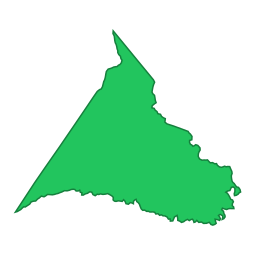 the district of Araguainha, Mato Grosso, Brazil
{"feature_id": "56859067B18780861461560", "entity_name": "Araguainha", "entity_type": "district", "adm_level": 2, "iso_a3": "BRA", "parent_name": "Brazil", "parent_adm1": "Mato Grosso", "projection": "robinson", "projection_center": [-53.085, -16.703], "detail": "fine", "context": "isolated", "style": "filled", "palette": "green", "viewbox_px": 256, "rotation_deg": 0, "n_neighbors": 0, "source": "geoboundaries", "source_scale": "gbopen_adm2", "svg_char_len": 3426}
<svg xmlns="http://www.w3.org/2000/svg" viewBox="0 0 256 256"><path d="M189.3,220.6L190.9,219.5L192.5,219.2L193.5,220.7L194.0,222.4L195.5,221.9L196.8,220.4L198.8,222.4L201.5,222.0L203.5,223.4L206.4,223.3L209.3,222.3L211.0,224.5L212.8,225.1L214.8,224.4L216.2,223.3L215.6,221.7L215.1,219.2L217.4,219.6L219.6,220.4L220.4,218.8L219.5,216.8L218.5,215.4L220.2,214.4L222.6,215.7L222.7,217.5L222.2,219.4L223.8,218.7L225.1,216.9L224.9,215.2L223.9,213.6L223.5,211.3L221.7,209.7L222.4,208.2L224.7,209.0L226.7,209.5L228.1,208.8L229.8,208.5L231.6,208.6L233.9,208.6L233.6,206.9L232.2,205.6L232.5,203.3L233.4,201.8L232.5,200.0L230.7,199.3L229.8,197.2L228.4,194.7L227.2,193.1L225.8,192.2L227.6,191.0L229.9,190.5L231.3,187.4L233.2,186.9L234.9,188.3L234.9,191.5L234.2,193.8L234.5,195.6L236.2,195.3L238.1,194.2L239.2,192.8L240.6,192.0L240.0,189.5L238.5,187.4L236.6,186.9L235.3,185.2L234.2,183.5L232.9,182.5L232.0,180.9L231.5,178.2L231.3,175.8L232.1,173.4L231.8,171.4L230.7,169.0L229.7,166.6L227.8,166.5L226.2,166.8L224.6,166.2L223.1,166.8L221.6,167.3L219.4,166.9L217.4,165.3L216.5,163.6L214.7,163.8L212.6,162.6L210.3,162.8L209.1,161.7L207.5,159.9L205.9,160.1L204.1,160.0L202.0,160.2L199.5,158.9L198.2,156.4L198.4,153.6L199.1,151.7L200.1,150.1L200.0,147.9L197.8,145.4L195.7,144.7L194.3,145.7L192.9,146.3L191.8,145.0L190.4,144.3L189.5,142.3L189.6,140.4L191.8,139.8L192.0,136.4L190.4,134.1L189.0,132.9L188.1,131.4L173.8,126.1L167.0,123.9L164.9,122.1L165.3,118.6L163.4,117.8L161.5,116.4L160.5,114.3L157.9,113.7L157.0,111.6L155.1,110.1L154.2,108.4L151.9,107.8L152.2,105.7L154.6,103.7L156.1,102.7L155.3,100.3L154.9,97.5L154.5,95.3L153.1,94.1L152.0,92.2L152.4,89.6L152.9,86.9L153.7,84.3L154.6,82.2L153.4,79.8L137.0,59.9L135.7,58.3L113.2,30.9L113.0,33.6L114.2,35.9L114.5,38.0L114.8,40.6L115.3,42.8L116.2,44.6L116.8,46.9L117.1,48.8L117.8,50.6L117.8,52.6L118.8,54.6L120.4,56.2L121.0,58.8L122.0,60.1L121.4,62.7L119.9,64.6L118.4,65.2L117.3,66.5L115.6,66.7L113.6,67.1L111.8,68.0L110.3,68.5L108.2,69.1L106.4,71.4L105.8,74.2L105.5,76.2L105.1,78.2L104.5,80.1L103.7,81.7L103.2,83.9L102.4,86.9L101.2,89.0L99.6,89.6L97.3,91.4L93.9,96.3L86.7,107.0L76.1,122.6L70.7,130.5L59.5,146.9L45.2,167.4L34.8,182.5L15.4,212.1L17.4,211.5L18.7,210.7L20.7,209.6L22.2,208.1L23.7,206.8L25.2,207.0L27.7,205.4L29.7,204.1L31.2,201.9L33.4,201.2L35.7,201.0L37.6,199.0L39.1,198.1L41.3,196.1L44.0,196.8L45.6,195.9L47.5,194.5L49.9,194.6L52.4,194.8L54.5,194.4L56.3,193.8L57.9,193.5L59.8,192.7L62.0,191.9L64.4,190.7L67.2,190.8L69.3,190.3L71.2,189.5L73.3,189.2L74.8,189.5L76.1,191.0L78.1,191.0L79.7,190.2L80.3,192.3L81.9,192.7L81.7,195.0L83.2,195.1L85.5,193.8L87.5,193.3L89.7,191.8L91.8,192.2L93.0,194.6L95.2,195.7L97.2,194.2L98.8,194.5L100.5,193.9L102.9,194.4L105.5,194.1L107.7,193.6L109.9,194.7L112.0,196.0L113.3,197.4L113.1,199.9L114.4,201.1L116.0,201.4L118.4,200.8L120.4,201.1L122.2,201.4L123.6,199.7L125.1,201.4L126.0,203.7L128.4,204.2L130.3,202.6L132.0,203.0L133.4,203.7L133.5,201.3L134.7,200.0L136.1,199.3L136.8,201.6L138.1,202.5L139.4,204.2L140.2,206.5L141.2,208.9L142.7,210.3L144.6,210.1L146.7,211.4L148.4,211.3L149.9,212.0L151.4,212.0L152.9,211.9L154.7,212.3L155.8,214.0L158.1,213.7L159.6,215.3L161.4,214.8L162.9,215.8L164.9,215.9L167.1,217.0L168.4,219.1L170.1,219.0L170.3,221.1L172.8,220.9L173.8,218.6L174.5,216.9L177.1,215.4L177.7,218.3L177.8,220.4L179.7,221.1L181.5,222.4L183.7,221.7L185.2,220.5L187.5,219.4L189.3,220.6Z" fill="#22c55e" stroke="#15803d" stroke-width="1.5"/></svg>